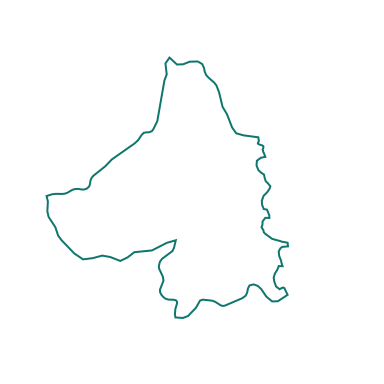 SVG path tracing the border of Alpes-Maritimes, rotated 295°
{"feature_id": "FRA-5266", "entity_name": "Alpes-Maritimes", "entity_type": "Metropolitan department", "adm_level": 1, "iso_a3": "FRA", "parent_name": "France", "parent_adm1": "", "projection": "equal_earth", "projection_center": [7.102, 43.917], "detail": "fine", "context": "isolated", "style": "outline", "palette": "teal", "viewbox_px": 384, "rotation_deg": 295, "n_neighbors": 0, "source": "natural_earth", "source_scale": "10m", "svg_char_len": 2204}
<svg xmlns="http://www.w3.org/2000/svg" viewBox="0 0 384 384"><g transform="rotate(295 192 192)"><path d="M311.8,140.2L312.7,142.0L312.3,147.1L309.7,150.3L306.4,152.7L304.0,155.4L302.5,159.0L300.6,165.7L298.9,169.1L293.8,174.4L282.0,183.8L277.4,190.7L267.5,201.0L263.9,207.2L265.1,214.7L269.6,229.0L266.6,231.0L265.6,231.1L264.6,230.9L263.7,231.3L263.5,232.4L263.9,236.2L263.7,237.3L261.8,238.1L260.5,238.0L258.6,239.5L256.7,241.7L254.8,243.6L252.2,240.0L247.8,237.6L243.3,239.3L239.9,242.9L238.7,246.4L238.3,249.8L235.5,251.9L233.0,254.2L232.0,257.0L230.3,260.6L227.6,260.9L223.5,260.2L218.8,258.5L213.5,259.0L209.9,261.0L206.9,264.2L207.7,267.4L203.5,271.9L201.2,273.1L199.6,269.4L195.2,268.4L192.3,269.6L189.3,270.0L187.6,272.8L185.8,274.1L185.0,276.3L183.4,284.6L184.8,292.7L184.9,294.3L185.8,297.6L186.4,300.1L183.3,302.0L180.4,297.0L178.4,295.9L174.8,295.7L170.8,298.1L167.8,301.4L164.8,303.7L163.0,305.4L161.5,301.9L157.8,302.2L153.1,301.6L148.9,302.2L145.8,304.3L141.9,308.1L140.9,312.5L142.9,313.9L142.8,314.0L143.9,314.9L144.0,316.2L139.2,322.1L129.3,316.0L126.7,310.9L128.6,303.6L133.2,295.9L134.7,291.4L134.3,286.9L131.6,283.6L128.1,283.5L124.2,284.5L120.8,284.5L117.1,282.5L103.0,269.9L102.0,268.6L101.4,266.4L102.3,259.2L102.0,256.1L99.0,247.3L97.1,245.2L88.7,244.5L77.9,240.8L74.0,237.0L71.3,230.0L73.7,228.3L78.8,226.4L84.7,225.5L86.1,224.9L87.0,223.4L86.7,221.2L84.5,216.0L84.1,213.2L84.7,210.4L85.9,207.7L87.6,205.5L89.7,204.3L99.6,203.6L103.0,201.3L108.6,194.6L111.0,193.2L115.3,192.4L118.8,193.1L130.1,199.2L133.7,199.3L141.4,197.7L135.2,190.6L122.1,180.4L113.1,165.2L105.4,161.2L99.2,156.1L98.5,145.2L96.4,137.5L90.1,130.0L84.9,121.7L86.6,111.2L93.2,94.1L96.0,89.0L102.3,83.1L108.8,72.6L113.3,69.1L122.5,65.4L126.9,61.9L130.9,66.3L132.7,69.2L135.4,75.2L136.7,77.4L138.7,79.4L143.2,82.5L145.3,84.8L146.8,87.7L147.5,90.5L148.6,93.1L150.7,95.3L153.7,96.5L156.5,96.1L159.2,95.2L162.3,95.0L165.1,95.8L178.6,102.5L187.7,105.6L212.0,119.6L216.3,121.3L222.3,122.2L225.3,123.3L226.8,125.5L228.1,128.0L230.2,129.9L232.4,130.4L241.6,130.6L281.3,119.9L287.9,119.4L297.3,113.6L304.3,114.8L301.2,124.5L304.0,130.0L309.1,134.8L311.8,140.2Z" fill="none" stroke="#0f766e" stroke-width="2"/></g></svg>